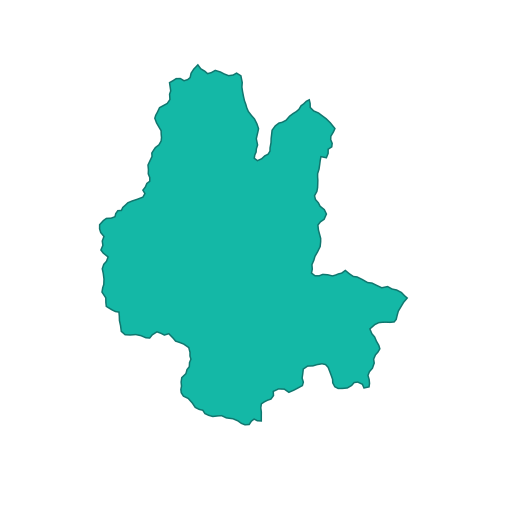 Ouro Fino, Minas Gerais, Brazil (Natural Earth projection), rotated 302°
{"feature_id": "56859067B45717322204832", "entity_name": "Ouro Fino", "entity_type": "district", "adm_level": 2, "iso_a3": "BRA", "parent_name": "Brazil", "parent_adm1": "Minas Gerais", "projection": "natural_earth1", "projection_center": [-46.373, -22.267], "detail": "fine", "context": "isolated", "style": "filled", "palette": "teal", "viewbox_px": 512, "rotation_deg": 302, "n_neighbors": 0, "source": "geoboundaries", "source_scale": "gbopen_adm2", "svg_char_len": 3953}
<svg xmlns="http://www.w3.org/2000/svg" viewBox="0 0 512 512"><g transform="rotate(302 256 256)"><path d="M133.9,155.8L134.0,162.3L134.4,166.2L135.8,169.5L132.5,172.0L128.9,174.4L125.2,178.0L120.7,181.7L119.9,186.7L122.3,191.1L125.7,195.7L127.5,200.7L128.3,205.9L130.1,209.3L134.2,209.8L139.2,212.2L140.1,216.5L140.4,220.2L143.9,223.2L142.4,229.3L141.2,232.9L142.2,237.0L143.0,241.3L142.7,247.5L139.3,251.1L136.2,253.0L134.0,255.5L130.4,256.1L126.8,258.1L123.1,257.7L119.1,258.9L113.5,257.5L109.4,259.3L106.2,261.8L103.0,263.0L100.4,265.1L98.7,268.7L99.3,274.0L97.6,279.8L95.4,284.7L95.8,289.1L97.0,292.6L95.3,296.2L95.8,300.3L97.0,304.4L100.2,308.4L102.4,311.5L103.0,316.6L105.8,322.8L106.6,328.1L106.3,332.2L107.0,336.1L109.5,339.5L113.5,339.6L116.7,340.8L117.0,344.4L118.9,347.9L123.4,345.1L126.5,343.2L129.8,340.5L133.5,338.9L136.8,340.4L139.8,342.2L142.6,344.5L146.9,344.8L150.3,342.4L155.2,345.5L158.1,350.6L157.8,356.1L162.3,359.2L166.6,361.7L170.7,364.0L174.1,363.0L176.9,359.8L180.8,358.1L185.2,356.0L190.0,358.1L193.0,362.5L196.2,365.3L199.6,369.1L200.8,372.5L199.8,376.2L196.8,380.2L194.1,383.7L192.0,386.3L189.1,388.3L186.9,392.1L187.2,395.9L189.5,399.5L192.5,403.4L196.9,405.7L200.7,406.3L203.0,409.1L203.6,414.2L201.3,417.5L204.9,421.2L208.1,419.8L211.1,417.5L214.1,414.2L218.0,413.5L222.5,414.2L227.8,413.0L230.9,410.4L235.5,409.7L239.1,410.3L242.9,410.2L245.3,407.5L247.6,403.2L250.2,399.5L251.5,395.4L254.5,391.2L260.8,393.1L264.5,395.4L266.8,398.3L268.7,401.2L270.9,405.0L273.3,408.1L276.5,408.5L280.6,407.1L284.7,405.9L289.8,405.8L294.9,405.7L300.5,406.5L301.0,403.0L302.1,398.7L301.7,393.3L300.1,388.9L299.8,383.8L295.7,379.5L295.0,373.7L294.5,368.7L292.6,364.7L292.4,358.8L291.8,352.8L290.2,349.4L290.4,344.5L291.1,339.4L286.8,337.7L284.5,335.4L282.0,333.6L279.6,331.4L278.1,326.8L275.8,322.4L272.7,320.1L270.5,316.6L270.9,312.1L274.7,310.7L278.3,308.0L283.0,307.3L286.8,306.2L292.1,306.0L298.0,305.4L302.3,303.3L305.2,301.5L308.1,298.4L311.1,295.2L315.0,292.1L319.0,292.5L323.2,294.3L328.9,293.5L331.5,289.4L332.2,283.9L334.1,280.8L335.4,276.5L338.1,273.7L343.0,273.4L346.6,272.0L349.4,270.4L353.0,268.3L355.6,266.4L358.5,264.6L363.1,263.4L367.4,261.5L370.9,259.9L374.7,258.4L376.6,263.6L381.2,262.8L384.8,260.6L388.7,262.4L391.9,260.9L394.2,257.7L397.2,256.0L402.3,255.9L405.9,255.4L408.3,248.5L409.6,242.7L410.0,237.6L410.4,233.3L409.6,228.0L410.7,223.3L414.1,221.0L416.7,218.4L413.9,216.7L410.2,215.8L407.3,214.6L403.2,214.7L399.7,213.6L396.5,212.0L392.4,210.4L387.1,209.6L383.2,207.3L380.9,205.0L376.6,203.4L371.2,203.0L366.8,205.1L363.8,206.5L360.0,208.7L355.2,210.6L352.3,212.3L348.7,212.3L345.6,210.4L341.5,209.3L337.6,206.7L338.0,202.7L341.1,201.4L344.2,201.0L347.1,199.5L351.0,198.5L355.6,194.1L362.3,191.8L365.3,190.7L368.6,186.7L371.4,182.1L372.7,177.8L374.5,172.9L376.8,169.6L379.2,167.0L381.5,164.0L384.5,161.0L388.5,157.3L391.8,154.5L395.8,152.4L400.8,147.7L400.8,142.6L397.3,140.7L394.4,137.2L393.5,132.4L393.2,128.3L391.8,123.1L387.8,120.9L385.0,118.3L385.6,114.6L385.5,109.9L387.3,105.4L381.6,104.2L376.6,104.1L372.4,105.6L369.4,104.6L366.5,102.1L366.4,97.8L364.1,94.3L360.7,92.7L357.2,90.8L353.8,93.7L350.8,96.2L347.4,97.0L343.1,100.1L338.3,99.9L334.6,97.8L330.7,95.6L325.6,96.2L322.2,96.4L319.2,97.2L316.2,101.1L313.7,105.8L312.0,109.1L309.0,111.1L306.4,113.1L303.3,114.6L298.8,114.8L294.6,113.2L291.4,113.1L288.1,113.1L285.3,115.1L280.8,115.6L275.9,116.2L272.1,119.1L268.6,121.1L266.2,124.4L263.1,126.3L259.7,125.0L255.8,125.6L251.9,125.2L250.1,128.7L246.0,128.9L241.1,125.2L236.9,121.7L233.2,119.1L230.0,118.3L226.6,117.3L223.3,117.7L221.2,114.8L217.6,114.6L214.6,115.6L211.3,113.1L208.6,109.2L205.2,107.8L199.7,106.8L196.1,109.0L193.6,111.9L192.0,116.7L187.2,117.7L183.9,120.5L178.9,121.3L177.5,125.0L176.8,131.1L172.3,132.0L168.3,131.3L163.7,132.4L160.4,135.6L155.9,139.3L151.2,142.0L147.9,142.8L143.8,144.5L140.9,150.8L136.9,153.4L133.9,155.8Z" fill="#14b8a6" stroke="#0f766e" stroke-width="1.5"/></g></svg>